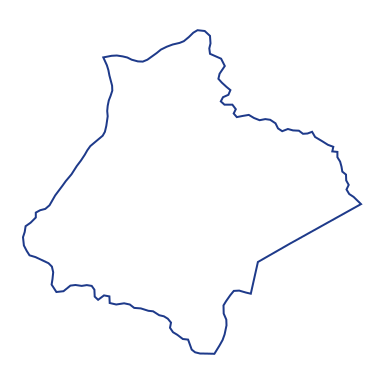 the district of Santa Bárbara do Pará, Pará, Brazil
{"feature_id": "56859067B47809936972021", "entity_name": "Santa Bárbara do Pará", "entity_type": "district", "adm_level": 2, "iso_a3": "BRA", "parent_name": "Brazil", "parent_adm1": "Pará", "projection": "orthographic", "projection_center": [-48.256, -1.192], "detail": "fine", "context": "isolated", "style": "outline", "palette": "blue", "viewbox_px": 384, "rotation_deg": 0, "n_neighbors": 0, "source": "geoboundaries", "source_scale": "gbopen_adm2", "svg_char_len": 1993}
<svg xmlns="http://www.w3.org/2000/svg" viewBox="0 0 384 384"><path d="M51.6,284.6L56.4,292.0L63.5,291.2L70.4,285.6L75.5,285.0L81.7,285.9L86.8,285.1L91.7,285.9L94.4,289.7L94.7,296.6L98.1,299.8L104.0,295.4L109.4,296.4L109.7,303.0L116.2,304.5L124.1,303.3L129.8,304.5L134.2,307.9L140.8,308.4L148.4,310.8L153.1,311.3L159.2,315.2L163.9,316.3L167.8,318.7L171.0,322.6L170.0,327.8L173.0,332.2L177.3,334.8L182.8,339.0L188.1,339.6L191.7,349.6L195.1,352.3L200.0,353.5L206.6,353.6L214.4,353.8L219.4,345.7L222.6,340.0L224.6,334.4L226.5,325.4L226.3,319.6L223.7,313.6L223.5,305.4L226.0,301.3L230.2,295.3L233.8,290.9L239.2,290.6L246.1,292.6L250.8,293.7L257.9,262.0L290.0,243.6L361.0,204.1L353.6,196.9L349.2,194.0L346.5,189.5L348.7,184.9L346.2,180.4L346.0,174.6L342.3,171.6L341.5,166.7L340.1,161.6L337.4,157.2L337.4,151.9L332.3,151.4L333.3,146.8L327.9,144.8L322.5,141.4L315.1,137.0L312.1,131.8L307.5,133.5L303.0,133.8L298.9,130.7L293.0,130.4L287.9,129.0L282.2,131.2L278.0,128.4L275.5,123.3L270.2,119.8L265.3,119.1L259.6,120.2L254.0,118.0L248.8,114.9L242.9,115.9L236.8,117.1L233.7,113.5L235.8,109.2L232.4,104.7L224.5,104.7L220.8,101.4L223.0,97.2L228.4,94.8L230.4,90.1L226.5,86.9L221.8,82.6L218.4,78.8L219.6,73.7L224.8,66.0L221.1,58.7L210.0,53.8L209.3,48.4L210.5,43.4L210.0,35.9L204.7,31.0L197.5,30.2L193.3,32.7L188.9,37.0L183.8,41.2L179.6,42.9L172.7,44.5L166.8,46.7L160.9,49.6L156.6,53.1L147.4,59.7L142.8,61.6L137.9,61.4L131.7,59.7L127.3,57.5L122.7,56.4L116.8,55.5L111.6,55.8L103.3,57.4L106.9,65.3L108.4,70.2L109.4,75.4L112.1,85.7L112.3,90.6L110.6,95.8L108.8,100.4L107.7,105.8L107.2,111.0L107.7,116.3L106.3,125.9L104.9,131.8L102.7,135.7L94.7,142.4L90.3,146.1L87.3,150.3L84.8,154.7L80.9,160.6L76.8,166.0L71.5,174.3L65.7,181.2L62.7,185.4L55.2,195.4L52.5,200.1L49.5,205.3L45.3,208.9L40.2,210.2L35.8,212.6L35.8,217.5L30.6,222.7L25.6,226.2L24.7,232.0L23.0,237.2L23.9,245.5L26.7,250.9L29.5,255.3L35.5,257.1L48.5,263.2L51.9,266.6L53.2,272.3L52.5,279.0L51.6,284.6Z" fill="none" stroke="#1e3a8a" stroke-width="2"/></svg>